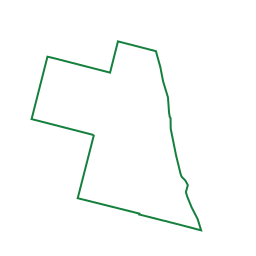 outline of Sarasota, Florida, United States of America, rotated 194°
{"feature_id": "52423323B35059140048006", "entity_name": "Sarasota", "entity_type": "district", "adm_level": 2, "iso_a3": "USA", "parent_name": "United States of America", "parent_adm1": "Florida", "projection": "mercator", "projection_center": [-82.437, 27.168], "detail": "fine", "context": "isolated", "style": "outline", "palette": "green", "viewbox_px": 256, "rotation_deg": 194, "n_neighbors": 0, "source": "geoboundaries", "source_scale": "gbopen_adm2", "svg_char_len": 607}
<svg xmlns="http://www.w3.org/2000/svg" viewBox="0 0 256 256"><g transform="rotate(194 128 128)"><path d="M223.7,113.3L160.6,112.9L159.4,112.3L159.8,47.7L99.7,47.7L97.0,47.7L96.6,47.7L96.2,47.7L96.2,46.8L95.6,46.8L71.7,46.7L68.6,46.8L64.6,46.7L64.4,46.7L59.5,46.7L32.3,46.4L38.4,56.5L47.0,66.3L54.1,76.0L56.3,79.9L56.2,84.8L56.1,87.0L59.6,90.9L64.2,93.7L65.9,96.2L74.8,113.2L74.9,113.4L79.7,123.5L86.4,137.7L89.1,147.9L90.2,148.9L91.9,152.9L96.6,167.3L105.3,181.9L111.4,195.0L119.5,209.3L158.7,209.6L158.8,177.4L218.1,177.8L223.4,177.7L223.7,113.3Z" fill="none" stroke="#15803d" stroke-width="2"/></g></svg>